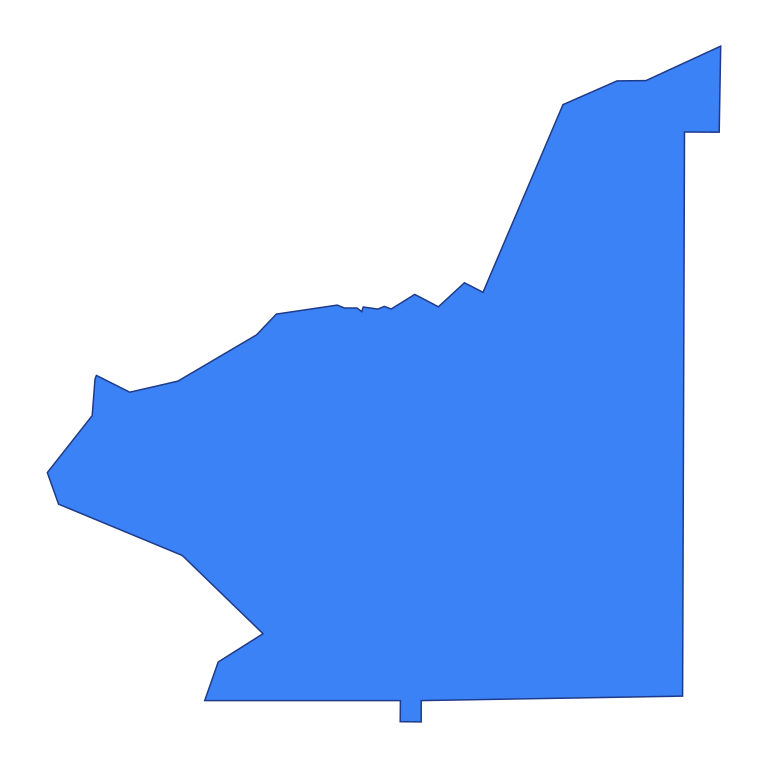 Chattahoochee, Georgia, United States of America (orthographic projection)
{"feature_id": "52423323B80240094400164", "entity_name": "Chattahoochee", "entity_type": "district", "adm_level": 2, "iso_a3": "USA", "parent_name": "United States of America", "parent_adm1": "Georgia", "projection": "orthographic", "projection_center": [-84.834, 32.378], "detail": "fine", "context": "isolated", "style": "filled", "palette": "blue", "viewbox_px": 768, "rotation_deg": 0, "n_neighbors": 0, "source": "geoboundaries", "source_scale": "gbopen_adm2", "svg_char_len": 579}
<svg xmlns="http://www.w3.org/2000/svg" viewBox="0 0 768 768"><path d="M617.0,80.9L563.0,104.6L483.0,292.3L464.4,282.8L438.4,306.8L414.7,294.4L391.2,309.0L384.3,306.4L377.8,309.1L363.3,307.0L361.7,311.6L357.0,308.0L344.5,308.0L337.2,305.1L276.3,314.1L256.6,334.8L177.9,381.1L129.7,392.2L96.4,375.4L95.0,379.1L92.2,415.6L47.3,472.6L58.6,504.2L141.3,538.5L182.3,555.5L263.0,633.7L218.2,662.0L204.7,700.6L400.4,700.6L400.2,721.7L421.2,721.9L421.2,700.6L682.6,696.1L684.5,132.0L719.2,132.2L720.7,46.1L645.9,80.6L617.0,80.9Z" fill="#3b82f6" stroke="#1e3a8a" stroke-width="1.5"/></svg>